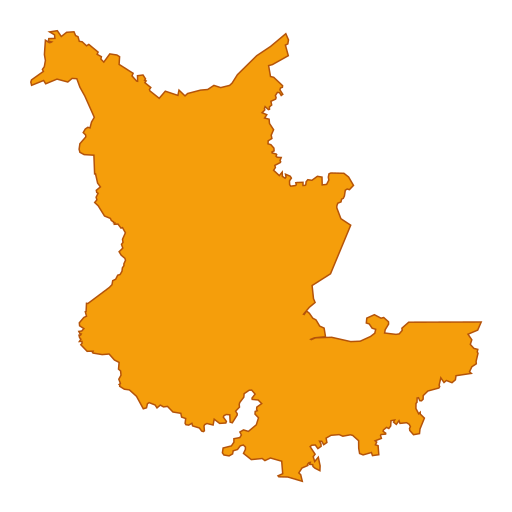 Ērgļu pag., Erglu, Latvia
{"feature_id": "27541924B50844448194211", "entity_name": "Ērgļu pag.", "entity_type": "district", "adm_level": 2, "iso_a3": "LVA", "parent_name": "Latvia", "parent_adm1": "Erglu", "projection": "albers", "projection_center": [25.617, 56.923], "detail": "fine", "context": "isolated", "style": "filled", "palette": "amber", "viewbox_px": 512, "rotation_deg": 0, "n_neighbors": 0, "source": "geoboundaries", "source_scale": "gbopen_adm2", "svg_char_len": 5931}
<svg xmlns="http://www.w3.org/2000/svg" viewBox="0 0 512 512"><path d="M143.3,408.8L146.5,407.8L147.4,403.8L149.1,402.6L155.1,405.0L157.0,407.9L160.3,405.1L163.5,406.9L167.5,406.4L172.9,412.0L180.8,413.3L181.6,417.1L185.7,418.5L185.1,423.3L185.9,424.7L188.7,425.1L191.9,423.3L192.6,425.9L199.4,428.0L201.7,431.1L203.4,431.6L204.4,430.8L204.0,426.0L204.7,424.6L206.9,423.5L213.1,425.0L214.2,419.2L219.6,423.4L225.8,423.0L226.4,421.4L223.3,417.1L224.0,415.6L226.3,414.5L229.8,414.8L230.1,422.1L232.3,422.8L237.2,415.0L237.2,413.7L235.6,411.2L239.5,407.1L239.2,404.5L239.7,402.6L243.8,397.2L244.1,393.7L249.2,390.2L251.7,390.1L255.1,394.1L252.0,398.1L252.2,399.4L258.2,400.0L261.7,403.6L256.8,407.1L256.6,409.3L257.3,410.7L255.2,411.4L255.0,414.1L258.5,417.8L256.3,424.8L248.4,431.4L243.5,429.9L239.9,432.0L241.4,435.0L239.8,437.6L233.9,438.7L233.9,442.2L231.4,445.9L223.1,448.0L222.4,452.8L223.9,455.0L229.1,455.9L232.6,453.9L233.2,450.8L237.5,449.5L240.3,445.8L243.3,445.0L245.4,447.0L245.4,449.4L243.5,453.4L251.3,459.6L262.2,458.5L264.9,460.6L270.4,458.0L281.7,461.2L282.7,473.7L278.0,475.8L278.8,476.8L287.7,477.0L302.3,481.3L300.7,474.7L298.8,472.9L302.0,468.0L307.8,465.5L307.5,464.3L308.9,462.7L310.3,462.4L309.6,464.4L312.7,464.6L313.0,466.5L315.0,468.2L319.9,470.7L320.1,465.8L318.3,457.2L314.7,461.5L313.2,456.7L315.1,454.2L310.1,446.6L311.8,445.2L315.3,445.0L317.9,448.6L321.1,446.3L321.0,444.1L319.5,441.2L321.8,441.3L323.7,444.7L326.9,442.5L326.1,438.1L331.0,435.3L339.2,434.6L342.8,436.2L350.4,434.8L352.7,435.4L358.6,440.7L358.7,448.3L359.6,453.5L363.1,454.9L371.4,452.5L372.5,455.6L378.8,454.7L378.1,445.7L375.4,444.8L376.7,442.1L375.1,440.8L381.4,438.4L380.5,435.5L381.1,434.5L385.6,434.1L385.7,433.2L383.1,431.3L383.4,430.0L386.5,427.4L388.8,428.5L390.7,426.0L391.0,420.7L394.7,420.0L393.6,422.2L396.3,424.4L399.0,420.7L400.0,423.4L406.6,422.7L409.2,424.3L410.4,426.7L409.5,428.4L409.8,430.5L413.5,434.7L419.5,433.6L420.0,429.0L424.4,418.1L420.3,414.1L420.2,412.3L418.7,413.8L415.9,408.5L416.0,403.4L417.0,402.3L417.1,398.0L418.5,397.7L419.8,400.7L421.5,400.8L423.1,399.2L423.2,395.6L427.9,391.0L438.9,388.0L439.7,386.5L439.1,385.2L440.8,377.8L444.0,382.5L446.4,380.5L452.0,382.7L455.4,379.8L456.0,375.7L471.3,373.4L469.5,371.7L471.9,366.7L476.3,363.8L476.1,361.3L478.0,353.3L477.2,351.9L477.8,349.4L473.9,348.4L470.3,344.4L471.8,339.8L468.0,334.2L477.7,330.1L481.2,322.0L408.7,322.2L401.9,328.2L402.2,330.4L399.2,333.9L396.0,334.4L384.6,333.0L385.2,329.7L388.6,324.1L388.5,321.8L383.7,317.5L381.0,318.2L374.4,314.7L366.8,318.1L366.3,323.0L369.2,323.9L372.1,328.2L375.7,329.3L374.8,333.2L370.5,336.5L360.2,341.2L350.7,341.6L331.7,337.3L315.6,337.8L311.3,339.6L310.8,339.3L314.5,337.8L325.5,336.7L324.1,328.1L319.7,326.1L316.0,319.9L312.8,318.2L309.3,313.2L306.5,311.0L304.2,314.5L303.5,314.2L309.3,307.3L315.1,302.5L313.5,298.7L312.1,285.5L330.5,273.8L350.7,225.2L340.9,218.7L336.8,207.9L336.8,205.9L337.8,203.2L341.0,201.9L341.6,199.2L343.3,198.3L344.4,196.0L345.3,190.2L347.2,189.0L349.4,189.7L353.5,185.4L348.6,177.0L343.9,173.3L330.8,173.0L329.0,173.8L328.3,177.1L328.8,180.1L326.6,184.4L322.2,184.9L322.0,177.1L317.4,176.3L311.9,180.3L307.8,179.7L306.1,181.8L305.8,184.7L305.1,185.4L303.0,185.5L303.0,182.3L297.3,182.5L295.8,182.7L296.3,184.7L295.6,185.5L290.7,186.2L289.6,184.6L289.5,180.9L291.4,178.1L290.2,176.2L285.5,174.2L286.0,177.0L285.1,178.2L282.4,176.4L282.2,172.1L279.3,175.6L273.6,170.3L275.4,167.5L274.8,165.4L280.2,162.6L280.7,161.8L280.0,160.6L281.2,157.5L277.3,157.3L276.0,156.2L276.7,154.6L276.3,154.1L272.1,152.9L272.0,151.9L274.1,150.9L273.9,148.1L270.9,144.7L268.0,143.8L268.2,140.8L271.9,138.5L271.2,135.2L273.6,129.7L269.5,123.5L269.1,119.2L264.6,118.0L266.8,114.7L262.1,112.7L264.8,109.9L264.4,108.5L265.1,106.6L268.4,109.6L269.5,109.3L269.4,106.9L271.7,105.0L270.9,101.3L275.6,99.1L276.1,97.7L275.4,95.5L277.4,92.4L279.5,92.6L281.2,95.5L282.8,94.3L279.9,89.8L280.5,88.0L282.4,87.3L282.6,85.7L273.7,77.3L270.5,76.5L268.6,65.6L272.4,64.6L288.3,55.7L285.4,45.1L287.8,43.9L288.5,39.9L285.8,33.7L270.5,46.5L256.7,55.7L237.4,74.7L232.1,83.1L229.6,85.4L220.7,87.6L213.9,85.4L207.7,89.5L200.6,90.1L187.6,93.5L185.0,95.9L179.0,90.1L177.9,95.4L165.3,91.2L159.2,98.3L149.9,90.9L149.4,89.5L150.8,87.5L144.9,82.7L146.1,80.9L144.6,80.3L145.5,78.9L143.0,75.0L137.5,75.7L137.6,81.3L136.6,81.1L132.0,75.9L133.1,73.3L119.1,64.4L119.6,56.7L116.9,55.0L109.8,53.9L103.8,62.1L100.9,59.1L101.4,56.7L97.1,54.3L98.1,52.1L88.8,44.4L86.5,45.8L82.2,41.8L79.3,41.3L78.0,36.7L75.6,35.6L74.0,31.8L66.6,32.3L61.3,36.5L57.3,30.7L49.6,31.9L54.5,34.8L54.9,38.4L48.8,38.6L48.4,41.1L51.7,41.9L50.9,42.4L49.3,42.7L45.4,40.2L44.4,54.6L45.4,60.5L44.3,66.7L42.4,69.4L43.4,71.4L31.5,79.9L30.8,82.1L31.6,85.3L43.6,80.5L45.7,83.8L57.0,79.1L67.8,82.0L72.1,78.4L76.8,78.7L79.9,87.2L84.8,96.0L94.3,117.3L91.5,122.1L90.0,127.9L87.8,127.3L85.3,129.0L83.2,132.6L85.6,134.9L85.8,136.9L79.9,143.7L79.1,149.2L79.9,152.3L84.1,154.6L93.9,155.2L94.6,173.9L95.5,173.8L97.6,183.1L100.4,186.9L96.3,190.3L96.7,192.4L98.1,193.3L96.1,197.2L96.9,199.8L94.7,202.5L98.2,205.8L104.5,216.0L110.4,218.4L111.3,220.5L113.6,221.9L113.5,222.8L114.9,223.0L114.4,224.3L118.0,224.1L121.0,228.1L122.5,227.6L125.4,232.8L122.5,239.3L123.0,242.4L121.5,244.3L122.8,248.1L119.1,251.7L121.2,255.2L124.9,258.3L125.5,260.3L123.9,263.8L123.9,265.7L122.4,267.8L122.0,271.2L120.1,274.5L117.7,275.2L115.7,279.2L112.7,280.7L112.0,284.7L109.4,287.4L87.9,303.5L86.5,303.3L86.1,311.4L85.3,311.7L86.5,316.2L83.8,317.5L79.3,322.8L79.6,325.8L83.9,328.6L81.7,331.0L78.8,331.4L80.1,333.9L81.2,334.0L80.6,335.1L79.0,335.2L79.6,337.7L80.9,339.2L79.4,341.5L81.9,341.4L82.1,343.3L80.8,344.7L87.1,351.3L93.1,351.2L92.5,352.6L93.2,353.1L102.2,354.6L109.1,354.0L114.4,360.0L119.1,362.4L118.5,369.1L120.6,371.0L121.0,375.2L118.8,379.2L120.4,383.4L119.1,384.5L119.9,385.1L119.7,386.3L124.3,389.2L129.4,389.9L136.5,396.3L143.3,408.8Z" fill="#f59e0b" stroke="#b45309" stroke-width="1.5"/></svg>